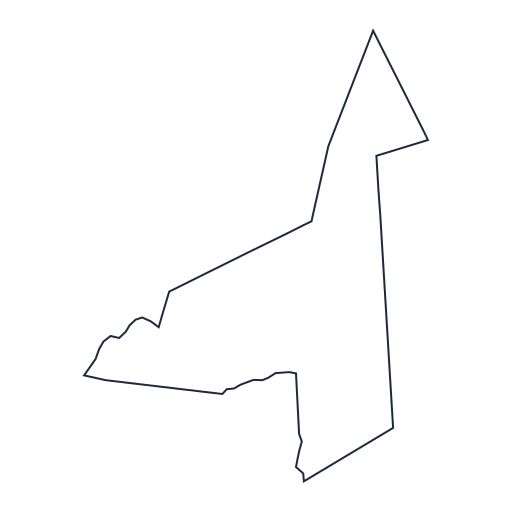 the district of Itaú, Rio Grande do Norte, Brazil
{"feature_id": "56859067B48438751115666", "entity_name": "Itaú", "entity_type": "district", "adm_level": 2, "iso_a3": "BRA", "parent_name": "Brazil", "parent_adm1": "Rio Grande do Norte", "projection": "mercator", "projection_center": [-37.937, -5.8], "detail": "fine", "context": "isolated", "style": "outline", "palette": "slate", "viewbox_px": 512, "rotation_deg": 0, "n_neighbors": 0, "source": "geoboundaries", "source_scale": "gbopen_adm2", "svg_char_len": 686}
<svg xmlns="http://www.w3.org/2000/svg" viewBox="0 0 512 512"><path d="M373.1,30.7L328.3,146.3L325.9,157.1L313.7,211.3L311.5,221.3L303.2,225.3L290.2,231.9L248.6,252.2L169.2,291.6L163.5,310.6L158.7,327.2L150.7,321.3L142.2,317.5L135.7,319.6L129.6,325.3L125.9,331.6L119.1,338.0L110.6,336.0L103.5,341.5L99.1,349.1L95.6,359.0L84.1,375.4L105.9,380.2L222.3,394.0L226.8,389.2L234.0,388.5L240.5,384.7L253.4,379.9L262.3,380.2L268.2,377.8L275.6,373.1L289.3,372.1L296.0,373.4L299.1,434.0L301.8,441.5L299.4,450.2L297.8,457.6L296.0,467.0L303.2,473.4L303.9,481.3L393.1,427.9L380.2,214.1L378.5,191.2L376.4,155.8L427.9,140.0L424.5,132.8L373.1,30.7Z" fill="none" stroke="#1e293b" stroke-width="2"/></svg>